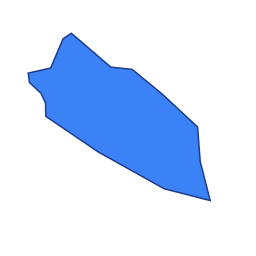 SVG path tracing the border of Bury, rotated 315°
{"feature_id": "GBR-5679", "entity_name": "Bury", "entity_type": "Metropolitan Borough", "adm_level": 1, "iso_a3": "GBR", "parent_name": "United Kingdom", "parent_adm1": "", "projection": "albers", "projection_center": [-2.317, 53.586], "detail": "fine", "context": "isolated", "style": "filled", "palette": "blue", "viewbox_px": 256, "rotation_deg": 315, "n_neighbors": 0, "source": "natural_earth", "source_scale": "10m", "svg_char_len": 369}
<svg xmlns="http://www.w3.org/2000/svg" viewBox="0 0 256 256"><g transform="rotate(315 128 128)"><path d="M134.8,237.4L110.7,196.8L90.1,124.3L78.1,61.6L87.2,52.2L91.0,42.2L90.5,26.1L93.9,21.7L96.3,18.6L115.7,30.9L145.2,19.0L154.9,20.9L158.9,72.8L172.4,89.5L176.1,127.2L177.9,176.5L155.5,202.6L134.8,237.4Z" fill="#3b82f6" stroke="#1e3a8a" stroke-width="1.5"/></g></svg>